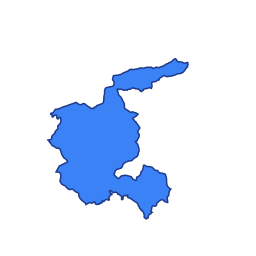 outline of Dharmasraya, Sumatera Barat, Indonesia, rotated 212°
{"feature_id": "22746128B7219534805401", "entity_name": "Dharmasraya", "entity_type": "district", "adm_level": 2, "iso_a3": "IDN", "parent_name": "Indonesia", "parent_adm1": "Sumatera Barat", "projection": "orthographic", "projection_center": [101.535, -1.251], "detail": "fine", "context": "isolated", "style": "filled", "palette": "blue", "viewbox_px": 256, "rotation_deg": 212, "n_neighbors": 0, "source": "geoboundaries", "source_scale": "gbopen_adm2", "svg_char_len": 5769}
<svg xmlns="http://www.w3.org/2000/svg" viewBox="0 0 256 256"><g transform="rotate(212 128 128)"><path d="M199.5,105.3L199.6,101.1L201.1,99.8L201.1,99.0L200.8,98.6L199.4,98.9L198.9,98.7L198.4,97.3L197.9,97.2L197.6,97.5L197.1,99.4L196.2,100.7L195.7,100.9L194.7,100.3L193.4,98.5L192.6,98.4L191.8,98.9L192.1,99.9L192.0,100.6L191.8,100.8L190.9,100.9L190.2,100.5L189.0,99.0L187.8,96.3L188.6,92.9L188.1,91.6L187.1,90.5L187.2,89.8L187.9,86.4L187.8,86.0L187.3,85.6L187.2,85.0L188.0,82.3L188.3,80.4L187.2,78.9L187.2,78.1L187.5,77.4L189.5,75.3L187.8,75.0L187.1,74.5L187.0,74.9L186.5,74.8L185.9,74.2L182.7,72.8L181.5,73.3L179.7,73.0L177.8,73.1L175.6,74.2L174.3,74.0L169.8,70.3L166.9,68.8L164.1,68.6L162.0,67.9L161.5,67.6L161.3,67.2L166.1,59.4L165.7,52.6L163.3,53.9L162.1,53.8L161.1,53.5L160.2,52.8L159.2,51.1L158.1,48.6L157.7,47.1L157.4,46.7L154.3,45.3L153.2,45.2L150.9,45.7L147.0,44.6L145.4,44.7L144.6,44.9L143.1,46.6L142.4,46.8L139.7,46.3L138.0,46.2L136.5,46.6L135.6,46.5L134.2,45.3L133.7,44.4L131.5,42.9L128.8,42.1L125.9,41.9L124.2,41.6L123.2,40.9L123.2,41.2L122.9,41.3L122.3,42.1L122.2,42.5L121.5,43.8L120.7,44.6L118.8,45.1L118.2,45.8L118.2,46.2L117.8,47.0L117.5,47.0L117.2,47.6L116.6,47.6L115.8,46.7L114.9,46.3L114.3,46.4L113.7,47.1L112.4,47.7L112.5,48.1L112.1,48.5L112.1,49.0L111.9,49.0L111.9,49.6L111.2,50.1L110.9,50.0L110.5,51.0L111.0,52.0L111.1,52.8L109.8,52.6L109.6,52.9L108.9,55.6L107.7,56.4L106.4,56.4L106.3,56.8L105.8,57.0L105.8,57.3L106.3,57.9L107.1,58.2L107.4,58.8L107.3,60.6L107.5,61.9L107.5,62.3L107.1,62.3L106.9,62.6L106.4,62.8L106.6,63.5L106.8,63.8L108.1,63.6L109.5,63.9L110.0,64.3L110.3,64.8L110.2,65.3L109.9,65.6L106.1,65.5L104.5,67.0L103.5,67.4L102.0,67.1L101.5,66.4L101.2,66.4L100.2,67.1L99.8,67.1L99.2,66.9L98.8,66.5L97.0,66.7L96.0,64.5L95.6,64.0L95.2,64.0L94.8,64.3L94.6,64.9L94.9,65.9L95.3,66.3L95.6,67.1L95.5,68.7L94.8,69.2L93.7,69.4L93.6,70.2L92.5,70.8L91.8,69.3L91.4,69.0L88.1,69.6L87.5,69.4L86.4,69.6L85.6,69.3L81.1,69.3L79.9,69.1L79.6,68.7L78.7,68.3L77.8,67.4L77.5,67.5L75.1,65.9L73.6,65.7L73.2,65.2L72.7,65.1L72.4,65.1L71.9,65.4L70.3,64.7L68.3,63.0L67.4,61.8L67.3,61.1L66.2,60.7L64.4,60.5L64.1,61.0L63.8,62.1L63.3,62.5L63.9,63.7L64.2,65.8L63.8,66.8L63.2,67.3L63.1,69.2L63.0,69.3L64.3,69.4L64.6,69.6L64.8,71.3L65.5,72.6L66.0,74.6L65.5,75.2L63.8,75.9L63.2,76.5L62.9,77.8L63.5,78.9L63.7,79.8L63.2,80.9L63.3,81.5L61.9,84.5L61.2,85.3L59.2,85.5L58.2,85.0L54.9,85.8L55.0,86.2L57.4,89.0L58.0,90.1L58.1,90.5L57.7,92.1L59.4,96.0L59.5,97.0L59.3,98.9L60.0,98.8L62.0,99.1L63.3,99.4L64.6,100.1L66.7,102.7L68.4,105.4L71.0,107.9L71.8,108.5L72.3,108.6L72.7,108.6L73.6,108.0L75.3,107.8L77.5,106.5L78.6,106.8L79.9,107.5L80.6,107.6L81.2,107.4L81.9,106.8L82.6,106.6L86.7,107.5L89.7,106.5L91.9,105.2L93.0,105.4L94.6,105.1L95.0,104.7L95.0,104.4L93.7,101.6L93.3,98.9L93.7,97.4L93.0,95.8L92.8,94.4L92.9,93.8L93.3,93.1L93.5,92.2L94.5,91.0L94.5,90.7L93.4,88.5L93.4,88.0L93.6,87.7L94.4,87.4L95.6,87.5L96.8,87.1L98.9,88.3L99.7,88.4L101.9,87.6L102.6,87.6L105.6,86.3L106.1,85.9L106.5,85.2L108.1,84.1L108.6,82.7L108.7,81.4L109.0,80.5L109.5,80.1L110.4,79.9L111.7,80.3L114.3,80.8L115.2,81.3L115.6,81.9L115.5,83.4L116.3,84.9L116.2,85.2L115.7,86.1L115.4,87.5L114.2,88.2L113.9,88.9L112.6,90.2L112.4,91.6L112.9,94.5L112.6,96.0L111.6,98.2L109.8,100.4L107.9,102.0L107.4,102.8L106.9,105.4L105.4,108.1L105.2,108.9L105.3,110.6L106.2,112.6L106.4,114.3L106.7,114.9L108.4,116.9L111.5,119.6L114.3,120.1L114.5,120.7L113.4,122.0L113.9,124.0L113.9,126.1L114.8,128.1L115.4,128.6L117.4,129.5L117.7,129.8L118.0,131.4L117.9,134.2L119.0,134.9L120.7,135.5L121.9,136.2L123.3,136.6L124.0,137.1L126.5,137.6L127.0,138.0L128.9,138.4L129.0,138.8L129.0,139.3L128.7,140.1L127.9,141.0L127.5,142.1L126.9,144.7L126.8,145.0L127.1,145.2L129.9,144.9L131.1,144.3L132.5,144.3L133.9,142.7L141.0,142.8L141.5,143.1L143.9,146.5L145.1,147.4L147.2,148.4L148.1,149.3L150.6,150.5L152.5,150.8L153.6,151.3L157.7,155.0L157.7,155.4L156.5,155.6L155.2,156.9L154.2,157.1L153.3,157.6L151.3,157.8L150.7,158.8L149.0,159.4L148.6,159.8L148.4,160.9L148.0,161.3L147.0,161.7L146.7,162.0L146.2,162.8L146.1,163.4L145.2,164.6L144.1,164.8L143.3,165.3L142.4,165.2L142.1,165.6L140.4,166.1L139.8,166.6L138.5,166.4L137.7,166.0L136.9,166.3L136.6,166.2L136.5,165.9L135.9,166.0L135.4,167.6L135.0,168.1L135.2,168.8L135.1,169.5L132.6,171.8L131.8,172.9L130.9,173.8L129.7,173.8L129.2,174.0L129.3,174.9L129.8,176.2L130.4,176.8L130.9,177.8L131.8,178.4L131.9,179.4L130.5,181.1L129.6,181.5L129.0,182.2L128.4,184.1L128.0,184.6L127.5,184.6L127.2,185.4L127.5,186.6L127.4,187.4L126.0,190.0L125.9,191.0L125.3,191.4L124.2,191.6L124.0,191.9L122.0,192.2L120.2,194.0L119.2,194.6L117.3,196.6L115.4,199.0L115.0,199.9L112.5,201.9L110.9,204.2L110.4,206.8L110.3,210.1L109.9,211.5L110.5,212.0L110.7,212.4L110.6,213.5L111.9,215.1L112.5,215.0L113.9,213.2L115.4,212.6L117.2,212.5L118.7,211.7L119.5,211.5L120.5,210.8L121.1,210.6L123.6,211.8L124.5,211.9L125.5,210.6L126.2,207.3L127.9,205.0L128.4,203.7L129.6,202.3L130.5,200.0L133.8,195.6L134.4,195.2L136.3,194.6L138.0,191.9L139.0,191.8L140.2,192.0L144.7,189.1L146.1,187.2L149.8,185.2L150.2,184.2L150.6,183.9L151.0,183.4L153.6,181.2L154.1,180.4L155.9,179.9L156.5,179.1L157.7,178.4L157.8,177.0L161.1,172.3L162.4,169.8L164.4,167.6L168.0,164.8L168.0,164.1L166.8,160.9L165.8,160.3L164.3,159.9L163.5,158.6L162.7,156.1L163.4,155.0L167.8,150.7L168.2,149.7L168.0,148.3L167.6,147.1L166.1,144.8L165.0,141.7L163.6,139.4L162.8,137.6L162.4,136.0L162.8,135.0L166.3,130.5L166.5,128.7L167.6,127.9L167.4,127.1L167.6,126.1L168.5,125.9L169.4,125.2L169.9,125.0L171.3,125.2L173.9,125.1L177.3,125.6L178.0,125.5L179.2,124.8L180.0,122.9L181.2,122.5L181.8,122.0L185.6,122.2L192.5,113.4L193.9,111.9L194.4,111.0L195.4,110.0L195.9,108.5L196.9,108.0L197.4,106.8L197.8,106.4L199.0,105.9L199.5,105.3Z" fill="#3b82f6" stroke="#1e3a8a" stroke-width="1.5"/></g></svg>